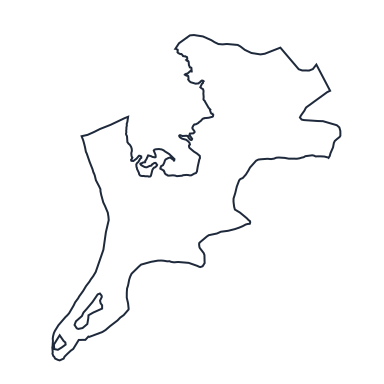 outline of Mitubas, Kafr ash Shaykh, Egypt, rotated 265°
{"feature_id": "37247803B73956026156280", "entity_name": "Mitubas", "entity_type": "district", "adm_level": 2, "iso_a3": "EGY", "parent_name": "Egypt", "parent_adm1": "Kafr ash Shaykh", "projection": "orthographic", "projection_center": [30.507, 31.383], "detail": "fine", "context": "isolated", "style": "outline", "palette": "slate", "viewbox_px": 384, "rotation_deg": 265, "n_neighbors": 0, "source": "geoboundaries", "source_scale": "gbopen_adm2", "svg_char_len": 6009}
<svg xmlns="http://www.w3.org/2000/svg" viewBox="0 0 384 384"><g transform="rotate(265 192 192)"><path d="M308.1,327.0L303.9,323.1L302.8,319.3L303.5,312.3L305.0,309.0L328.1,292.6L323.4,276.6L323.1,272.2L325.3,263.3L329.0,257.0L332.7,253.0L334.5,250.4L336.4,239.7L336.4,235.3L337.1,231.2L339.3,227.5L341.5,224.6L346.0,216.5L348.2,207.6L348.2,203.6L341.3,192.0L336.1,187.9L335.9,189.0L334.8,189.8L334.8,190.1L333.7,190.1L332.6,189.7L331.5,190.5L330.7,192.0L330.4,192.3L330.4,193.4L329.6,194.2L328.2,194.9L328.2,195.3L327.8,196.0L327.8,197.1L327.4,197.5L327.0,198.6L326.0,198.9L324.9,198.9L324.1,197.8L323.8,198.2L323.4,198.2L322.7,199.3L322.7,199.7L321.9,200.0L318.6,200.0L316.8,200.7L316.4,200.7L316.1,201.8L315.7,202.2L312.1,202.2L312.1,201.8L312.8,201.1L310.3,197.7L310.3,196.6L309.9,195.5L309.5,195.1L308.4,196.6L308.1,198.1L307.7,198.4L305.1,198.4L304.4,198.0L302.6,199.1L301.5,200.2L299.6,205.0L299.6,208.0L300.3,208.7L300.7,209.8L301.4,210.2L302.2,211.7L301.8,212.8L301.4,213.2L301.1,212.8L299.5,212.3L298.9,211.3L295.6,209.4L294.5,210.5L293.4,212.0L291.6,212.3L289.0,211.9L285.7,211.9L283.2,211.5L282.4,211.9L281.7,212.6L280.6,213.0L274.4,215.9L273.6,216.6L272.5,217.4L272.2,217.0L269.2,217.7L268.5,218.1L268.1,218.8L268.1,219.2L267.8,219.2L267.0,219.9L265.6,219.5L265.2,219.1L264.5,215.1L264.5,210.6L264.2,210.3L264.2,209.5L263.8,208.8L262.0,206.9L260.9,205.0L260.2,204.3L259.1,201.7L259.1,200.2L258.0,199.1L256.2,198.0L255.1,198.0L252.2,199.8L251.4,199.8L250.7,199.0L250.3,198.3L250.4,195.0L249.6,194.6L248.2,194.9L244.9,196.8L244.1,196.4L243.8,195.7L244.5,194.5L246.7,193.1L247.4,193.1L247.8,192.7L248.2,192.7L248.2,192.0L248.5,191.6L248.6,187.2L248.9,186.8L249.7,185.0L249.3,184.2L248.6,184.2L247.8,184.6L247.1,185.3L246.0,186.8L244.5,190.8L242.7,192.7L241.2,193.8L239.4,194.1L239.0,193.4L238.3,193.0L237.2,193.0L236.1,193.4L232.1,197.4L229.9,200.3L227.3,202.9L225.1,202.9L223.7,202.1L216.7,199.9L212.0,198.7L210.5,197.6L210.2,196.1L208.7,192.8L208.7,191.3L209.1,190.2L209.5,188.0L209.5,184.6L209.1,183.5L209.1,178.3L209.9,176.5L210.3,174.3L210.3,170.2L210.6,169.5L210.6,169.1L211.4,168.4L211.7,167.6L212.5,166.9L213.2,166.5L214.7,166.2L215.0,165.8L215.8,165.8L218.0,162.5L219.4,162.9L220.2,163.6L220.5,163.6L221.3,165.5L223.8,167.0L225.6,167.7L226.7,168.5L227.8,171.1L228.2,172.6L228.2,173.3L226.3,175.5L226.0,176.3L224.9,176.6L224.9,177.0L226.3,177.4L231.8,172.6L235.1,168.2L235.9,167.5L237.0,165.6L237.7,162.7L237.7,159.7L237.4,158.2L236.6,157.5L232.2,158.9L230.1,158.9L229.7,158.2L230.1,156.7L230.4,155.6L231.2,154.5L232.3,151.5L231.9,151.2L230.8,150.8L230.5,150.4L229.0,149.7L227.9,148.9L227.2,148.2L226.1,148.1L225.7,147.8L225.7,145.9L225.0,144.4L225.0,143.7L224.6,143.0L224.3,143.0L223.2,143.7L221.0,147.0L220.6,148.5L220.6,149.2L221.7,152.2L221.7,153.3L222.0,154.0L222.8,154.4L224.2,157.0L224.2,158.1L223.5,158.9L222.4,159.2L222.0,159.6L221.3,159.2L220.6,158.5L219.8,157.3L219.5,156.2L218.4,155.1L217.3,154.4L211.8,152.5L211.1,151.7L211.1,150.2L211.5,149.5L211.8,146.5L212.2,145.4L212.2,144.0L212.6,142.5L213.0,141.7L214.1,141.0L215.9,140.7L219.9,139.2L221.0,139.2L221.7,138.9L224.3,138.9L225.4,139.6L226.1,140.4L226.5,141.1L229.8,143.4L230.5,144.5L231.9,144.5L232.7,143.0L232.7,142.3L230.1,139.7L228.0,136.3L228.3,134.5L228.7,134.5L229.1,134.1L229.4,134.1L230.2,134.9L231.6,135.6L232.0,135.2L233.1,134.9L234.2,134.9L236.0,134.9L238.2,135.7L240.4,135.7L242.2,135.3L243.7,134.6L244.8,133.9L245.5,133.1L247.3,132.0L253.2,132.1L255.0,131.4L256.1,131.4L257.2,131.8L259.0,131.8L260.5,132.2L261.6,132.2L264.1,132.9L265.6,132.9L267.4,133.7L272.5,134.9L271.5,131.5L266.0,116.7L262.8,105.9L260.3,99.6L258.0,92.9L257.2,86.9L253.0,88.1L249.3,88.8L245.3,89.4L241.3,89.8L239.5,90.5L230.7,92.7L223.3,94.9L219.7,95.6L219.4,95.9L216.8,96.6L212.1,97.3L205.6,100.0L202.9,101.0L200.7,100.9L197.1,101.3L189.4,102.7L185.7,104.1L178.8,106.3L174.7,106.6L171.3,106.6L159.4,102.7L142.2,98.7L120.7,89.1L116.7,86.2L113.8,83.6L111.6,82.0L107.6,78.3L102.9,74.9L97.8,70.5L96.0,69.3L92.3,66.0L89.1,64.1L81.8,58.9L80.0,57.0L78.5,55.1L70.9,47.3L65.4,43.2L63.2,42.0L60.3,41.0L58.1,40.5L55.9,40.5L50.8,39.7L49.3,39.3L44.6,39.3L43.1,38.9L40.6,39.6L39.8,40.4L38.0,41.1L36.5,43.7L35.8,45.5L37.2,49.6L39.1,50.7L41.6,53.7L44.5,57.4L46.0,60.0L54.5,66.3L54.0,72.9L57.0,76.2L56.6,77.0L60.3,90.4L62.0,93.8L65.6,98.8L70.6,106.7L73.1,109.5L75.3,113.2L80.4,118.5L81.1,118.7L86.7,118.6L92.4,117.8L97.7,118.3L101.5,118.9L104.6,120.2L110.2,121.8L113.2,123.1L115.9,124.7L122.3,132.5L124.1,134.9L126.0,145.1L126.6,152.0L126.4,155.4L125.9,158.3L125.1,161.2L125.0,163.6L124.4,164.7L123.9,166.3L123.5,168.1L123.5,172.0L121.7,182.5L118.1,190.5L116.8,192.8L116.5,193.8L117.1,196.1L120.1,198.4L122.1,198.5L128.1,198.9L130.2,198.3L135.5,194.9L136.5,194.6L138.8,194.5L140.4,194.7L141.4,195.8L146.3,202.8L147.5,204.9L148.5,213.3L149.9,217.3L150.2,224.6L151.3,231.5L152.4,235.9L153.5,239.4L154.9,242.6L155.3,244.7L155.3,246.8L156.4,247.3L157.8,247.3L159.2,245.8L161.1,244.3L167.3,238.0L170.8,233.2L173.6,232.7L175.7,232.6L178.8,232.5L181.8,232.8L187.2,235.0L193.5,237.1L199.5,240.0L200.7,241.3L201.5,243.8L204.7,247.2L208.4,250.0L211.3,251.9L217.6,258.6L218.5,260.9L218.6,263.2L218.5,270.2L217.9,273.6L218.1,276.7L218.8,278.9L218.8,281.3L217.9,287.3L216.8,291.2L216.0,299.6L216.2,302.1L216.7,304.4L216.9,306.2L217.8,308.1L218.1,315.0L217.6,316.7L216.7,318.2L216.4,322.6L215.8,326.9L214.5,330.6L214.1,331.0L215.8,332.3L218.7,333.4L224.2,336.4L228.5,337.6L230.4,338.7L231.8,340.6L234.0,343.9L235.1,344.7L239.8,345.1L243.5,344.4L245.9,342.1L251.2,328.5L251.6,324.5L253.9,309.7L254.6,307.5L256.8,306.0L258.6,307.1L263.4,311.2L264.8,312.0L266.3,313.1L279.7,335.4L280.8,338.4L308.1,327.0ZM98.2,89.1L98.9,91.4L96.7,92.9L95.3,93.0L91.8,90.9L89.0,91.3L87.0,92.6L83.7,92.3L80.5,83.1L78.2,78.1L75.3,77.7L69.6,76.2L66.0,71.1L65.5,66.8L66.3,65.3L69.8,63.4L73.3,65.1L78.0,71.5L81.4,73.4L84.5,76.7L91.1,83.3L98.2,89.1ZM53.2,52.7L51.0,52.8L48.5,48.7L46.5,44.7L47.5,41.1L52.0,41.1L60.8,47.7L54.8,51.1L53.2,52.7Z" fill="none" stroke="#1e293b" stroke-width="2"/></g></svg>